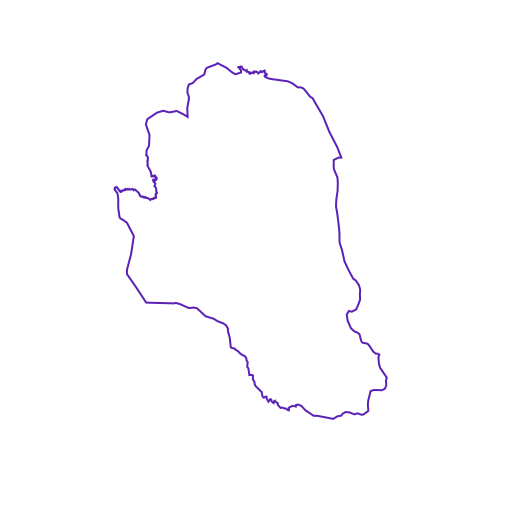 Masisi, Nord-Kivu, Democratic Republic of the Congo (Equal Earth projection), rotated 153°
{"feature_id": "63176286B62559292775761", "entity_name": "Masisi", "entity_type": "district", "adm_level": 2, "iso_a3": "COD", "parent_name": "Democratic Republic of the Congo", "parent_adm1": "Nord-Kivu", "projection": "equal_earth", "projection_center": [28.926, -1.376], "detail": "fine", "context": "isolated", "style": "outline", "palette": "violet", "viewbox_px": 512, "rotation_deg": 153, "n_neighbors": 0, "source": "geoboundaries", "source_scale": "gbopen_adm2", "svg_char_len": 5961}
<svg xmlns="http://www.w3.org/2000/svg" viewBox="0 0 512 512"><g transform="rotate(153 256 256)"><path d="M354.7,365.8L357.3,360.6L358.0,358.2L359.9,352.8L359.8,351.0L358.3,348.9L355.9,344.3L355.8,329.2L366.5,314.3L377.3,302.2L379.2,298.4L377.3,284.9L375.0,264.3L350.6,251.0L348.9,250.7L345.7,247.8L339.5,240.1L334.8,238.3L332.3,236.3L328.3,225.2L322.4,219.5L319.7,215.2L315.6,210.6L314.1,207.6L314.0,203.5L315.1,202.1L316.4,195.4L319.9,186.2L319.4,185.1L317.0,183.1L316.7,181.5L315.4,179.8L314.1,175.6L311.4,171.6L311.0,169.5L311.8,167.3L311.7,165.0L314.1,161.3L313.8,159.3L316.0,152.9L313.5,151.9L313.0,150.7L314.8,147.6L314.5,144.9L315.4,142.2L315.4,140.2L312.7,132.2L314.0,127.9L313.4,126.2L311.3,126.4L310.5,125.8L311.2,124.5L311.1,120.6L308.3,122.0L307.6,121.1L308.2,119.4L307.1,117.0L306.0,118.4L304.7,118.4L304.8,117.2L303.4,114.9L304.2,113.5L303.1,109.5L301.2,109.0L300.2,107.5L298.4,106.4L297.7,104.4L296.7,103.6L295.7,105.8L294.0,106.1L291.2,105.7L288.8,103.8L287.9,105.1L285.8,104.4L283.6,101.7L282.0,96.1L277.1,87.4L273.8,85.7L261.1,75.8L256.4,76.2L252.6,75.1L249.9,76.2L247.0,76.3L244.0,74.4L240.0,70.1L237.0,69.8L234.1,66.7L232.5,66.0L226.6,66.9L225.8,67.8L224.0,72.5L221.5,76.4L215.2,83.6L211.8,83.1L204.8,79.3L202.6,79.1L201.0,79.5L198.6,81.7L196.8,85.9L194.7,88.3L196.2,100.3L195.3,104.3L192.9,110.2L190.9,112.1L192.0,113.7L193.7,114.7L194.9,117.5L196.0,126.1L196.9,127.7L200.0,129.9L200.7,131.0L200.8,132.7L199.3,139.4L200.2,141.3L202.7,144.4L204.2,148.5L203.7,156.8L201.7,162.7L198.2,164.8L195.9,162.9L191.0,162.9L188.0,165.3L183.1,169.8L181.0,174.4L178.5,178.6L177.5,183.4L178.3,189.1L179.7,191.7L179.9,201.4L179.6,211.0L176.7,222.2L175.4,230.2L170.9,239.3L168.2,246.2L164.5,256.4L162.2,263.9L158.7,270.0L153.8,276.9L150.1,283.6L147.8,288.9L147.2,297.5L146.7,299.4L143.1,306.3L137.8,306.2L135.3,305.0L134.2,316.1L134.3,333.3L132.8,350.1L134.0,371.1L135.4,373.2L137.6,383.6L139.4,385.8L142.2,387.3L145.3,393.5L148.5,397.3L162.1,406.8L164.9,409.2L166.8,412.0L166.2,412.8L165.3,412.8L165.1,412.3L164.9,412.3L164.6,412.3L163.8,413.1L163.9,413.5L164.9,414.7L164.8,416.4L164.7,416.6L164.2,416.7L164.1,416.9L164.2,417.4L165.1,417.4L165.2,417.2L165.4,417.2L165.9,417.4L167.0,417.0L167.4,417.7L167.7,418.0L167.7,418.3L168.1,418.7L168.9,417.9L169.4,417.8L170.1,418.0L170.8,417.6L171.1,417.6L171.0,418.3L171.3,419.2L171.7,419.9L172.1,419.7L172.2,419.8L172.9,420.4L173.3,421.0L173.8,420.6L174.2,420.6L174.6,420.0L175.0,419.9L175.4,420.1L175.4,420.4L175.3,421.1L175.8,420.9L176.4,421.3L177.0,421.3L177.6,421.0L178.0,421.6L178.5,421.3L179.0,421.3L179.1,421.7L179.0,422.1L178.5,422.5L178.4,422.7L178.5,422.9L180.0,424.1L180.0,424.3L180.3,424.3L180.0,425.4L180.4,425.2L180.8,425.4L181.3,426.5L181.7,426.7L181.8,427.3L182.3,427.5L182.5,428.3L182.9,428.6L183.0,429.1L182.7,430.9L183.1,431.5L183.6,431.8L184.4,431.2L184.5,431.3L185.1,432.1L185.7,432.0L185.9,432.3L186.0,432.3L185.4,429.9L185.2,427.8L186.0,426.3L191.9,427.3L193.9,430.5L197.0,437.3L202.8,445.3L204.4,444.9L214.4,446.0L216.4,445.0L219.7,441.2L228.6,440.7L233.8,438.8L237.8,439.3L240.8,436.5L243.0,432.6L243.4,428.6L244.5,426.4L250.2,418.8L253.8,411.0L256.3,415.2L260.8,421.2L267.9,423.2L272.7,427.5L279.1,428.7L290.8,427.2L294.4,423.2L295.9,412.3L301.2,402.9L305.6,399.7L307.5,396.1L307.6,396.4L307.9,396.2L308.1,395.3L307.8,394.8L307.4,393.6L307.6,393.2L307.7,392.4L308.4,391.8L308.5,391.6L308.5,391.1L308.9,390.3L309.1,390.2L309.4,390.2L309.6,390.0L309.7,389.7L309.8,389.4L310.1,389.3L310.2,389.1L310.5,387.1L310.7,386.8L311.3,386.6L311.7,385.6L311.8,385.2L311.6,384.2L311.7,382.7L311.5,381.2L311.4,380.6L311.5,380.3L311.5,379.1L311.7,378.9L311.6,378.0L311.9,377.8L312.1,377.2L312.3,375.4L312.5,375.1L312.8,375.0L313.0,374.7L312.9,374.2L311.9,373.9L311.6,374.1L311.2,373.4L310.7,373.1L310.2,373.5L310.0,373.8L309.8,373.9L309.6,373.7L309.4,373.3L309.4,373.0L309.6,372.8L309.4,372.5L309.5,371.9L309.4,371.9L309.0,370.5L309.4,369.9L309.6,369.9L310.2,369.9L310.1,369.5L310.5,369.2L310.7,369.3L310.7,369.5L311.2,370.1L312.0,369.9L312.7,370.7L313.0,370.6L312.9,370.1L312.3,369.3L312.3,368.8L312.6,368.3L313.1,369.0L313.5,369.1L313.4,368.3L313.1,368.0L313.0,367.5L312.9,366.4L313.1,366.3L313.2,365.7L313.8,365.1L314.1,364.9L314.7,364.6L314.7,364.0L314.6,363.6L314.4,363.3L314.3,361.9L314.6,361.3L314.6,360.8L314.8,360.4L314.9,360.0L315.4,359.4L315.4,359.0L315.5,358.9L315.7,358.3L315.5,357.7L315.6,357.3L315.8,356.9L316.3,356.9L316.5,356.7L316.8,356.7L317.1,356.8L317.7,356.2L317.7,355.3L318.1,354.8L318.1,354.6L318.3,354.4L318.3,353.9L318.7,353.4L319.0,353.2L319.1,353.3L319.6,353.4L320.0,354.0L320.7,354.1L320.8,353.9L321.5,353.4L322.3,354.0L322.8,354.2L323.0,354.0L323.3,354.3L324.0,354.2L324.3,354.0L324.5,354.1L324.8,354.0L324.9,354.4L325.1,354.7L325.2,355.3L325.3,355.5L325.5,355.5L325.6,355.9L326.0,356.3L326.4,357.0L326.5,357.1L327.4,357.4L327.5,357.7L327.4,358.1L327.5,358.4L327.9,358.9L328.2,359.0L328.6,358.8L328.8,358.9L329.0,358.7L329.2,358.8L329.3,359.1L329.5,359.2L329.6,360.0L329.7,360.3L330.0,360.5L330.5,360.4L330.8,360.7L331.2,360.7L331.5,361.1L331.7,362.2L332.0,362.4L331.8,362.6L331.8,362.9L331.7,363.1L331.7,363.5L331.9,364.3L331.9,364.7L331.8,365.0L331.8,365.5L332.0,366.0L332.5,367.3L332.8,367.7L332.9,368.2L333.3,369.0L333.3,369.5L333.8,370.4L334.4,370.6L335.2,370.2L335.6,371.6L336.0,372.0L336.7,372.1L337.5,372.0L338.3,372.6L338.5,373.0L338.7,372.8L339.8,373.8L340.0,373.6L340.2,373.8L340.6,373.7L341.6,375.1L342.5,374.9L342.6,374.1L343.0,374.1L343.0,374.4L343.7,374.8L344.7,374.9L345.2,374.6L345.6,375.1L346.1,375.0L346.8,374.3L347.3,374.3L347.4,374.5L347.4,374.8L347.3,375.0L347.3,375.3L347.8,375.1L348.0,375.3L347.8,375.8L348.1,376.3L348.1,376.6L348.3,377.0L348.1,377.5L348.4,377.9L348.4,378.6L348.6,379.3L348.4,379.7L348.6,380.2L349.1,380.3L349.2,380.7L349.5,380.7L349.5,380.8L350.5,381.1L350.9,380.8L351.4,380.0L351.5,379.4L351.6,379.1L351.8,379.1L351.0,375.3L351.5,373.0L352.3,370.7L353.3,368.3L354.7,365.8Z" fill="none" stroke="#5b21b6" stroke-width="2"/></g></svg>